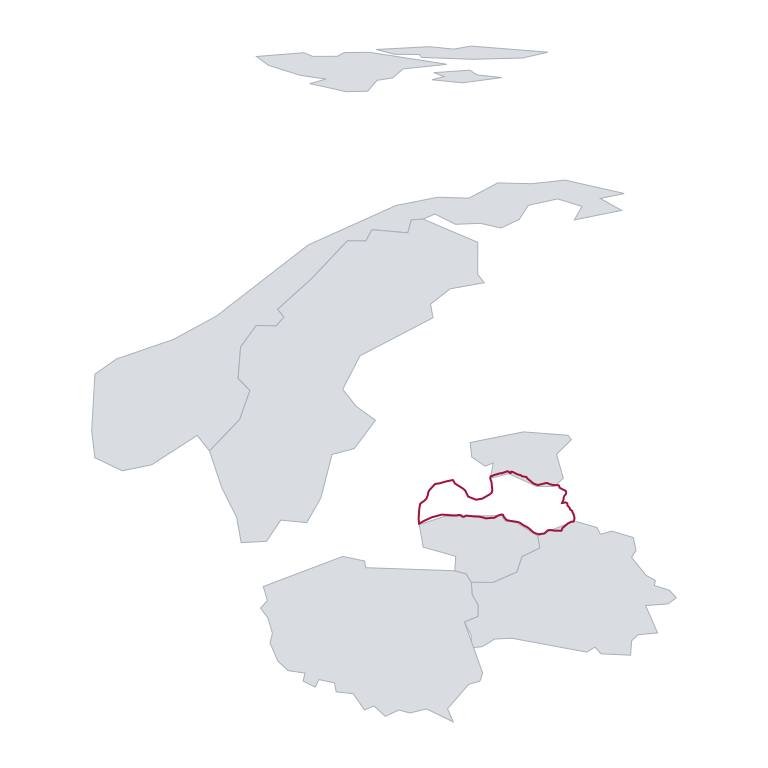 Latvia and the surrounding countries
{"feature_id": "LVA", "entity_name": "Latvia", "entity_type": "country or territory", "adm_level": 0, "iso_a3": "LVA", "parent_name": "Europe", "parent_adm1": "", "projection": "equal_earth", "projection_center": [25.364, 56.865], "detail": "fine", "context": "with_neighbors", "style": "outline", "palette": "rose", "viewbox_px": 768, "rotation_deg": 0, "n_neighbors": 6, "source": "natural_earth", "source_scale": "50m", "svg_char_len": 4795}
<svg xmlns="http://www.w3.org/2000/svg" viewBox="0 0 768 768"><path d="M337.3,56.3L344.2,52.6L369.4,52.3L446.9,64.3L403.1,68.9L392.7,77.9L377.1,80.3L367.7,91.2L346.5,91.7L309.7,83.6L326.2,79.1L300.5,75.4L268.3,65.3L256.5,56.5L303.9,52.7L312.8,56.4L337.3,56.3ZM621.6,210.4L574.4,219.9L582.0,206.4L557.5,198.9L528.4,205.3L519.2,219.4L500.9,228.1L480.5,223.3L455.5,224.3L434.8,214.0L423.1,219.1L411.3,219.9L407.8,232.9L371.9,229.7L365.9,240.9L347.4,240.8L311.6,278.7L277.6,309.3L284.1,317.0L276.1,325.9L256.3,325.5L240.6,347.0L238.1,378.3L249.9,390.5L239.8,419.3L209.5,450.9L197.2,435.4L151.6,464.8L122.3,470.8L94.9,457.8L91.7,430.6L94.9,374.2L116.4,359.0L173.2,339.5L216.4,316.1L308.3,244.9L396.2,205.4L438.0,197.2L468.9,198.2L497.7,182.9L531.7,183.7L565.1,180.1L624.2,193.5L600.3,198.5L621.6,210.4ZM548.0,52.2L522.6,58.0L472.7,59.3L422.0,57.4L419.1,54.5L394.5,54.3L376.2,49.5L429.2,46.7L453.9,49.1L471.2,46.1L548.0,52.2ZM501.8,77.6L462.6,82.8L431.9,79.8L444.1,76.6L433.8,72.6L469.9,70.2L476.7,74.8L501.8,77.6Z" fill="#d9dde1" stroke="#a8b0b8" stroke-width="1"/><path d="M209.5,450.9L239.8,419.3L249.9,390.5L238.1,378.3L240.6,347.0L256.3,325.5L276.1,325.9L284.1,317.0L277.6,309.3L311.6,278.7L347.4,240.8L365.9,240.9L371.9,229.7L407.8,232.9L411.3,219.9L423.1,219.1L477.8,242.4L477.7,274.4L484.2,282.7L450.2,288.8L430.5,304.1L433.0,317.7L360.0,355.8L342.7,389.3L356.3,406.5L375.4,420.2L354.4,448.5L332.0,454.4L320.9,497.8L306.8,522.6L280.7,520.1L266.6,541.3L241.2,542.6L236.6,517.2L221.6,487.4L209.5,450.9Z" fill="#d9dde1" stroke="#a8b0b8" stroke-width="1"/><path d="M574.0,520.9L597.1,527.6L600.4,534.3L611.7,531.1L633.3,537.5L636.0,550.2L631.6,557.5L646.1,575.4L655.4,580.5L654.3,585.5L669.5,590.3L676.3,597.8L667.9,603.9L645.6,605.5L657.6,632.9L638.3,634.6L631.6,640.8L630.6,655.2L601.1,653.8L595.0,647.1L586.7,652.1L512.1,638.3L494.7,639.0L482.2,646.7L471.4,647.8L471.1,635.1L464.4,622.0L477.9,616.3L478.1,605.1L472.1,594.5L471.3,582.2L492.7,582.4L516.8,572.0L521.9,556.6L539.8,547.9L537.6,535.8L574.0,520.9Z" fill="#d9dde1" stroke="#a8b0b8" stroke-width="1"/><path d="M471.3,582.2L472.1,594.5L478.1,605.1L477.9,616.3L464.4,622.0L482.6,672.9L480.0,681.0L468.7,684.4L447.5,708.7L453.2,721.9L426.5,708.9L409.8,713.0L399.0,710.0L385.2,716.3L374.0,705.9L364.4,709.9L353.2,693.7L336.2,691.9L334.5,682.8L319.0,679.6L315.2,687.1L303.1,681.1L305.0,673.1L288.1,670.6L278.0,661.3L270.0,643.0L272.4,633.2L268.0,618.1L260.6,608.1L267.4,600.6L263.3,586.5L342.8,556.4L364.5,561.0L365.8,567.7L454.8,570.8L466.1,573.7L471.3,582.2Z" fill="#d9dde1" stroke="#a8b0b8" stroke-width="1"/><path d="M537.6,535.8L539.8,547.9L521.9,556.6L516.8,572.0L492.7,582.4L471.3,582.2L466.1,573.7L454.8,570.8L455.7,556.3L423.2,547.2L419.3,524.6L444.4,516.4L502.0,515.5L505.1,521.0L516.6,522.8L537.6,535.8Z" fill="#d9dde1" stroke="#a8b0b8" stroke-width="1"/><path d="M568.0,435.3L571.3,439.7L556.5,454.3L563.3,478.2L554.2,486.5L536.5,486.4L508.7,473.6L490.5,478.2L493.1,463.0L485.2,466.2L471.8,457.1L470.2,442.5L523.5,431.9L568.0,435.3Z" fill="#d9dde1" stroke="#a8b0b8" stroke-width="1"/><path d="M539.8,534.3L538.7,534.2L535.6,533.4L533.0,532.1L531.4,530.5L528.7,528.2L526.9,527.0L524.1,525.6L519.5,522.6L517.8,522.0L509.5,520.7L506.6,520.1L503.8,516.8L503.0,514.8L501.6,514.5L500.2,514.9L498.6,515.3L494.8,517.5L493.6,517.9L491.3,517.9L486.0,518.4L483.5,517.6L479.3,516.7L477.0,516.5L475.0,516.5L466.0,515.6L464.3,516.6L462.6,516.8L461.0,515.3L459.0,514.9L456.8,515.4L452.8,515.4L448.0,515.0L441.9,514.6L441.0,514.8L434.2,516.7L432.5,517.0L425.0,520.4L419.1,523.6L418.6,518.5L419.3,508.5L420.3,503.6L424.4,500.7L426.5,498.5L427.7,495.5L428.2,492.7L429.1,490.5L435.0,484.0L439.6,483.3L445.9,481.5L452.8,480.0L454.1,481.9L454.8,483.4L463.0,488.6L465.1,490.4L468.2,496.6L476.0,499.7L482.1,498.7L484.8,497.2L489.7,494.4L491.9,492.4L492.3,490.4L491.5,482.1L490.2,478.4L490.7,476.2L491.6,476.3L493.6,475.2L500.4,473.2L501.8,473.2L503.3,472.7L507.6,471.2L508.9,472.0L510.1,473.0L510.7,473.0L511.0,472.6L510.9,472.0L511.2,471.6L512.4,471.8L517.4,474.3L519.3,474.9L520.6,475.1L522.1,476.3L526.4,477.0L526.9,477.7L527.2,478.4L531.2,481.6L533.0,483.2L536.5,484.7L538.0,485.0L544.2,483.5L545.9,483.0L547.3,483.0L548.7,483.8L552.0,484.8L555.0,485.2L555.6,485.1L558.1,485.2L559.0,485.6L559.6,487.7L562.5,489.3L565.2,490.6L565.9,491.2L566.2,492.4L566.0,493.8L565.7,494.5L564.6,495.4L563.6,497.5L563.6,499.5L562.1,503.0L562.4,503.0L565.7,502.4L566.6,502.8L567.3,503.5L567.6,505.7L568.7,506.7L569.8,508.3L570.1,509.5L572.2,510.9L572.4,511.8L573.8,515.1L574.3,517.0L574.5,518.5L574.0,520.4L573.4,521.6L572.8,521.5L570.9,521.9L568.0,523.4L563.7,527.0L562.6,527.8L561.5,530.5L561.2,530.8L558.6,530.7L557.9,530.6L555.3,530.7L549.7,530.0L547.6,530.4L544.8,533.2L543.7,533.6L540.4,534.0L539.8,534.3Z" fill="none" stroke="#9f1239" stroke-width="2"/></svg>